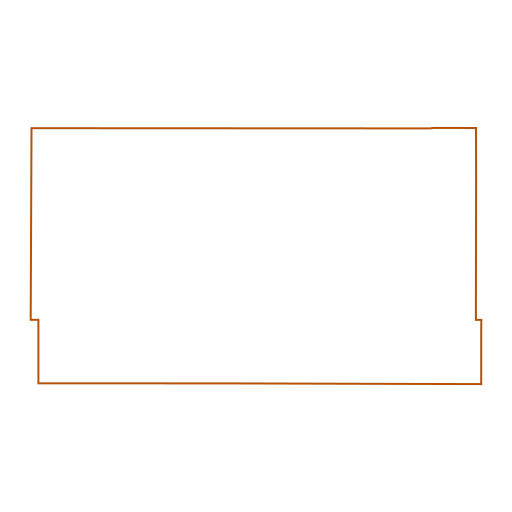 outline of Custer, Oklahoma, United States of America
{"feature_id": "52423323B24972944108066", "entity_name": "Custer", "entity_type": "district", "adm_level": 2, "iso_a3": "USA", "parent_name": "United States of America", "parent_adm1": "Oklahoma", "projection": "mercator", "projection_center": [-98.896, 35.638], "detail": "fine", "context": "isolated", "style": "outline", "palette": "amber", "viewbox_px": 512, "rotation_deg": 0, "n_neighbors": 0, "source": "geoboundaries", "source_scale": "gbopen_adm2", "svg_char_len": 314}
<svg xmlns="http://www.w3.org/2000/svg" viewBox="0 0 512 512"><path d="M476.0,128.0L433.8,127.9L429.9,128.4L31.5,128.2L30.7,319.8L38.4,319.8L38.4,351.3L38.4,383.3L228.4,383.4L481.2,384.1L481.2,331.2L481.3,319.9L475.9,319.9L475.9,309.3L476.1,177.9L476.0,128.0Z" fill="none" stroke="#b45309" stroke-width="2"/></svg>